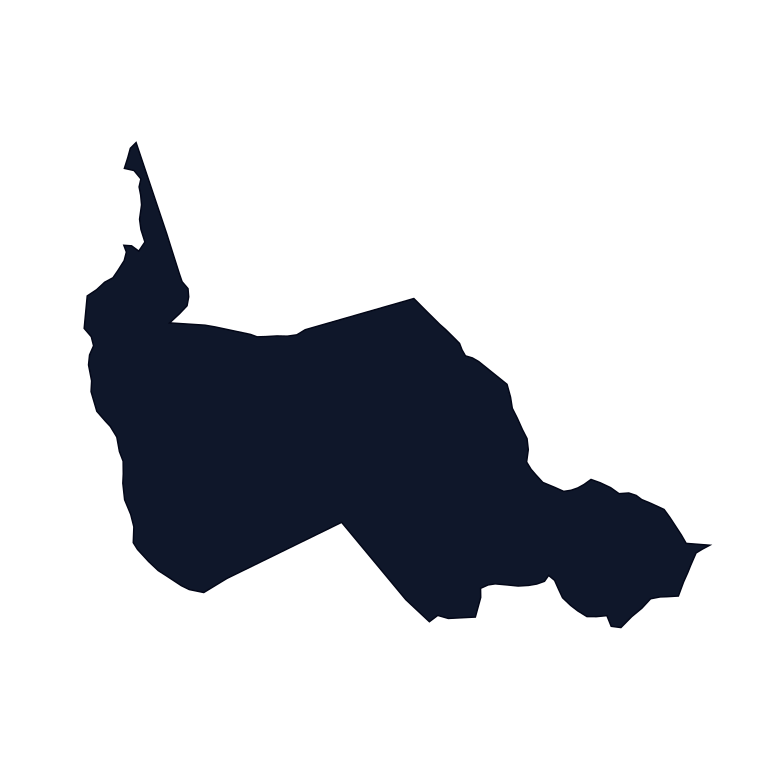 Neópolis, Sergipe, Brazil, rotated 169°
{"feature_id": "56859067B29247551559532", "entity_name": "Neópolis", "entity_type": "district", "adm_level": 2, "iso_a3": "BRA", "parent_name": "Brazil", "parent_adm1": "Sergipe", "projection": "albers", "projection_center": [-36.673, -10.373], "detail": "fine", "context": "isolated", "style": "filled", "palette": "ink", "viewbox_px": 768, "rotation_deg": 169, "n_neighbors": 0, "source": "geoboundaries", "source_scale": "gbopen_adm2", "svg_char_len": 1921}
<svg xmlns="http://www.w3.org/2000/svg" viewBox="0 0 768 768"><g transform="rotate(169 384 384)"><path d="M338.8,137.8L329.8,156.0L328.2,165.0L320.1,166.9L313.0,166.6L301.2,163.2L290.9,160.1L280.5,158.7L272.2,158.5L264.1,159.7L258.9,164.7L254.0,158.7L251.8,149.2L249.5,140.1L243.0,131.0L237.0,124.2L229.2,117.0L219.8,115.1L209.4,114.1L207.2,102.8L197.9,99.7L185.2,108.4L173.5,114.8L163.3,122.3L153.6,122.3L146.7,121.2L135.5,119.7L127.7,132.5L121.8,140.9L117.6,147.4L109.9,158.6L102.8,161.2L95.0,163.6L117.8,169.9L120.9,179.0L125.1,189.3L128.9,198.6L133.0,207.4L144.8,215.9L153.1,221.4L157.7,226.5L164.5,230.3L174.2,231.5L181.3,239.0L190.6,245.8L199.0,250.8L206.8,247.2L213.6,245.0L220.6,244.0L228.1,244.3L236.2,250.0L246.9,257.1L252.3,265.9L255.9,272.2L258.9,280.2L254.9,292.0L254.0,303.1L256.8,312.7L259.7,325.1L262.7,335.7L262.3,347.0L263.3,360.2L286.7,387.9L292.2,392.7L298.7,396.1L300.9,402.6L302.1,409.4L307.3,417.2L313.2,425.8L318.0,432.0L322.8,439.1L328.0,446.7L338.4,462.2L451.0,452.3L460.2,448.9L469.8,449.4L479.9,451.6L491.1,453.1L499.6,454.5L505.5,458.1L539.0,472.3L548.5,475.9L582.8,484.9L571.2,492.1L562.4,498.4L559.1,506.8L558.2,515.0L562.7,523.0L563.8,530.9L567.2,560.3L568.6,572.8L581.3,668.3L588.0,663.8L592.3,655.1L597.7,645.2L588.7,641.3L583.5,631.7L586.8,624.2L586.8,615.9L587.8,606.1L592.5,592.4L593.1,582.0L591.6,569.0L599.4,561.2L605.4,567.8L612.9,569.8L611.7,562.7L615.5,554.7L623.6,546.1L629.8,540.0L638.8,537.2L648.1,531.4L658.5,527.1L667.7,495.8L662.3,486.3L661.8,476.9L667.5,468.7L670.4,459.1L670.4,442.9L673.0,432.4L671.1,412.0L664.5,400.6L660.8,394.7L656.4,382.9L656.6,368.2L654.8,358.0L657.1,345.5L659.3,336.4L660.7,319.9L657.5,304.3L656.8,291.5L660.4,276.1L657.5,268.6L648.9,254.6L641.2,243.9L634.8,237.8L621.4,224.7L614.4,219.4L600.7,213.7L575.3,223.1L452.0,256.3L403.7,168.1L384.8,142.0L375.4,146.6L365.6,141.6L338.8,137.8Z" fill="#0f172a" stroke="#020617" stroke-width="1.5"/></g></svg>